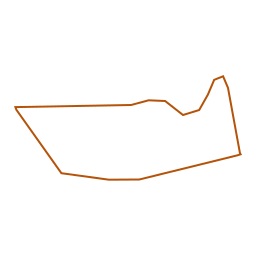 Djibouti, Equal Earth projection
{"feature_id": "DJI-1567", "entity_name": "Djibouti", "entity_type": "City", "adm_level": 1, "iso_a3": "DJI", "parent_name": "Djibouti", "parent_adm1": "", "projection": "equal_earth", "projection_center": [43.069, 11.565], "detail": "fine", "context": "isolated", "style": "outline", "palette": "amber", "viewbox_px": 256, "rotation_deg": 0, "n_neighbors": 0, "source": "natural_earth", "source_scale": "10m", "svg_char_len": 335}
<svg xmlns="http://www.w3.org/2000/svg" viewBox="0 0 256 256"><path d="M15.4,107.1L131.0,105.0L148.6,100.3L165.1,101.0L183.0,115.0L199.2,110.0L207.9,94.6L214.2,79.8L223.1,76.3L228.0,87.9L239.9,152.9L240.6,154.3L237.5,155.3L139.3,179.5L108.9,179.7L61.4,173.2L16.4,109.8L15.4,107.1Z" fill="none" stroke="#b45309" stroke-width="2"/></svg>